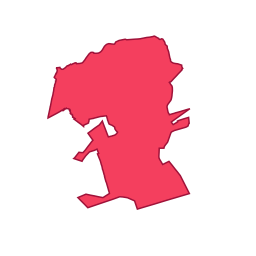 El Oro, México, Mexico, rotated 62°
{"feature_id": "50627088B36645453040308", "entity_name": "El Oro", "entity_type": "district", "adm_level": 2, "iso_a3": "MEX", "parent_name": "Mexico", "parent_adm1": "México", "projection": "robinson", "projection_center": [-100.072, 19.796], "detail": "fine", "context": "isolated", "style": "filled", "palette": "rose", "viewbox_px": 256, "rotation_deg": 62, "n_neighbors": 0, "source": "geoboundaries", "source_scale": "gbopen_adm2", "svg_char_len": 5580}
<svg xmlns="http://www.w3.org/2000/svg" viewBox="0 0 256 256"><g transform="rotate(62 128 128)"><path d="M214.7,104.6L209.3,104.5L195.1,104.2L194.6,104.2L189.9,105.0L185.9,105.8L181.8,106.5L176.7,107.5L176.5,114.5L170.1,114.8L169.1,114.7L167.6,114.1L164.1,112.0L160.5,109.9L162.7,105.8L161.7,104.9L161.0,103.9L160.7,103.3L159.2,99.9L158.9,99.5L158.2,98.7L153.2,93.3L152.2,92.1L151.9,91.3L152.0,88.2L154.4,76.8L154.5,75.7L154.4,74.1L152.3,71.9L152.4,71.7L147.1,69.5L146.1,74.5L145.2,79.4L145.1,81.1L145.9,81.3L146.2,86.5L143.5,87.0L143.0,86.9L141.4,75.1L140.0,64.3L139.7,65.9L139.6,66.3L139.5,66.7L139.4,67.2L139.0,69.2L138.9,69.8L138.4,72.1L138.1,73.8L137.7,75.6L137.2,77.8L137.0,78.5L136.7,80.5L136.4,81.7L135.7,85.2L135.3,85.1L134.2,85.2L133.8,85.3L132.5,85.1L130.7,84.6L129.5,84.2L128.0,83.8L127.3,83.4L126.6,82.8L126.0,82.0L125.0,80.0L124.8,79.6L124.1,78.2L124.0,77.8L123.8,77.5L123.5,77.0L123.0,76.4L122.1,75.6L121.8,75.3L121.5,75.1L120.7,74.5L120.4,74.2L119.9,73.9L119.4,73.6L119.1,73.4L118.2,72.8L116.3,71.5L115.8,71.2L113.2,69.9L111.7,69.5L111.3,69.5L110.2,69.7L109.4,69.9L108.3,69.9L107.9,70.0L107.1,70.1L107.0,69.4L107.2,69.0L107.3,68.6L107.2,68.1L106.8,67.0L105.7,63.9L105.0,61.7L104.2,59.4L104.1,59.2L103.4,57.1L102.9,55.5L102.7,55.0L102.5,54.5L102.4,54.0L102.2,53.5L102.0,53.0L101.4,52.9L101.1,51.7L100.2,51.8L99.1,51.7L97.7,51.1L96.0,52.7L94.7,53.9L93.3,55.9L92.0,57.5L90.2,58.7L89.0,59.0L88.1,58.6L87.2,58.3L86.0,58.2L84.6,57.8L79.6,56.3L76.2,55.9L74.1,55.0L71.7,55.9L70.3,55.5L69.5,55.3L68.7,55.3L66.9,55.5L66.1,55.5L65.4,56.0L65.0,56.5L64.9,58.1L64.3,58.8L63.3,58.8L61.8,59.9L59.8,61.1L59.1,61.8L59.1,62.1L58.9,63.2L57.9,66.4L56.9,68.8L55.8,72.5L55.2,74.4L55.0,75.2L54.1,77.4L52.9,80.0L49.5,87.7L48.3,88.8L47.8,90.4L46.5,94.8L46.3,98.4L47.6,100.5L47.1,101.6L46.6,102.3L46.3,102.8L45.1,104.4L44.4,105.6L44.1,107.8L44.8,110.4L45.9,112.2L47.0,114.0L47.6,115.3L48.0,116.7L48.0,118.9L47.2,120.8L46.0,123.0L45.3,122.9L44.3,124.1L43.8,125.5L44.0,126.3L44.3,127.6L46.6,132.4L47.7,134.3L48.3,135.8L48.9,137.1L49.0,138.1L48.4,140.2L47.0,143.3L46.0,143.3L45.6,144.4L45.6,145.2L45.4,146.7L45.5,147.8L45.5,148.1L45.3,148.4L44.7,148.6L44.8,149.7L44.8,150.1L44.7,150.6L45.0,151.0L45.0,151.3L44.9,151.8L44.6,152.1L44.6,152.8L45.3,154.9L45.5,156.7L45.7,157.5L45.2,158.7L44.9,159.1L43.3,159.8L42.5,159.7L41.9,161.4L41.3,162.7L41.6,163.0L41.8,163.1L42.5,163.1L43.1,163.2L43.8,163.4L44.4,163.8L45.6,164.9L45.9,165.3L46.1,165.6L45.9,165.6L45.9,165.8L46.0,165.8L46.4,166.3L47.0,167.2L47.7,168.0L48.2,168.9L48.7,169.4L50.5,168.8L51.3,168.5L52.8,169.7L52.7,170.0L53.1,170.1L54.0,170.8L55.6,172.6L57.3,173.7L57.7,174.5L58.7,175.1L59.8,175.9L60.9,176.7L61.4,177.2L61.7,177.4L62.2,177.8L63.5,178.8L66.5,181.6L68.0,182.8L69.4,183.9L72.5,186.4L72.5,186.5L72.9,186.7L73.0,186.9L74.6,188.2L78.9,191.8L79.0,191.9L80.5,193.2L81.6,193.9L81.6,191.9L81.6,184.9L81.6,183.7L81.5,179.4L81.3,179.2L81.4,178.5L81.3,178.3L81.5,178.1L81.5,177.7L81.5,177.4L81.5,177.1L81.4,177.1L81.3,176.5L81.1,176.0L81.2,175.6L81.0,174.9L81.3,174.7L81.5,174.6L81.5,175.1L81.8,176.3L82.0,177.2L82.3,177.9L81.7,173.9L81.6,173.6L81.5,173.3L82.0,173.3L82.8,171.8L84.3,170.6L84.8,170.7L84.4,171.0L84.3,171.3L84.9,171.4L85.1,171.3L85.2,171.1L85.4,171.0L85.5,171.3L85.9,171.2L86.2,171.2L86.4,171.3L86.5,171.5L87.0,171.4L87.5,171.4L87.6,171.5L87.8,172.0L88.1,171.9L88.2,172.0L88.4,172.0L88.4,171.9L88.6,171.8L88.9,171.8L89.0,171.7L89.4,171.3L90.1,170.7L90.1,170.4L90.2,170.6L90.3,170.9L90.6,171.1L90.6,171.3L90.8,171.4L91.0,171.3L91.2,171.2L91.6,171.3L91.8,171.3L91.9,171.5L92.5,171.8L92.8,171.5L93.7,171.0L93.8,170.8L94.7,170.3L94.8,171.5L95.8,171.0L96.7,170.6L97.8,170.1L98.1,169.9L99.0,169.5L99.4,169.4L100.0,169.1L100.7,168.7L101.6,168.3L102.4,167.9L103.3,167.5L105.8,166.5L104.8,165.9L104.8,164.6L104.9,163.1L105.0,162.1L105.0,161.1L105.0,160.5L104.1,159.9L103.7,159.3L102.9,158.8L102.0,158.2L102.5,156.5L102.7,155.8L103.3,154.1L103.4,153.2L103.9,151.2L104.7,147.8L105.1,146.5L105.7,145.1L106.0,144.1L106.2,143.6L106.4,143.1L107.1,141.4L108.4,141.5L109.3,141.8L110.3,141.9L111.3,142.3L112.5,142.4L113.5,142.6L114.2,142.7L115.7,142.8L116.2,142.4L116.8,141.9L117.2,141.6L117.5,141.3L117.8,141.0L118.1,140.8L118.3,140.7L120.5,139.6L120.7,139.4L120.9,139.4L121.2,139.4L121.5,139.6L121.8,139.7L122.2,139.8L122.6,139.9L123.0,140.0L123.4,139.9L123.7,139.9L124.1,139.9L124.5,139.8L125.1,139.7L125.5,139.6L125.8,139.5L126.8,139.2L127.1,139.8L127.4,140.2L127.6,140.6L127.7,141.1L127.9,141.7L128.0,142.3L128.0,142.8L128.0,143.4L127.8,144.3L127.6,145.2L127.5,146.2L127.2,147.1L127.1,147.6L126.9,148.3L126.7,149.2L126.6,149.5L124.3,149.3L117.3,148.4L113.2,147.9L109.8,147.4L110.7,149.3L111.3,150.7L111.8,151.7L112.5,157.5L113.3,162.4L113.5,163.9L113.8,165.8L115.4,165.6L118.8,165.2L122.3,164.7L123.4,167.4L124.4,169.5L125.4,171.8L127.4,176.0L128.6,179.2L128.0,180.4L127.6,181.0L126.4,182.7L129.2,189.0L129.5,190.2L132.7,187.2L135.8,184.2L135.2,183.4L134.8,182.6L134.5,182.1L132.7,178.3L131.0,173.2L132.0,168.0L132.1,165.3L136.6,165.8L136.5,167.1L144.1,167.9L144.6,168.0L144.9,168.1L145.1,168.1L147.6,168.7L149.0,168.9L149.6,169.0L152.9,170.0L153.3,169.9L158.0,171.0L159.6,171.2L159.8,171.5L164.7,172.6L166.1,172.7L173.1,174.2L173.8,174.4L175.0,174.6L176.1,174.8L176.4,174.9L176.6,175.0L177.1,175.1L177.6,181.3L177.7,182.8L175.0,186.2L172.2,189.5L169.5,192.9L166.7,196.2L165.9,204.9L170.1,203.7L175.3,202.1L179.5,200.9L181.6,188.0L183.9,174.1L184.8,167.6L186.5,164.9L189.3,161.2L195.4,156.4L199.7,157.1L204.0,157.8L205.2,151.8L207.6,140.0L209.9,128.2L212.3,116.4L214.7,104.6Z" fill="#f43f5e" stroke="#9f1239" stroke-width="1.5"/></g></svg>